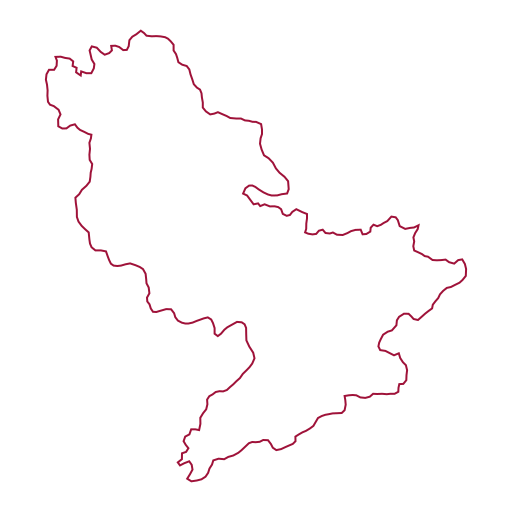 Monjolos, Minas Gerais, Brazil (Robinson projection)
{"feature_id": "56859067B56933655704963", "entity_name": "Monjolos", "entity_type": "district", "adm_level": 2, "iso_a3": "BRA", "parent_name": "Brazil", "parent_adm1": "Minas Gerais", "projection": "robinson", "projection_center": [-44.02, -18.393], "detail": "fine", "context": "isolated", "style": "outline", "palette": "rose", "viewbox_px": 512, "rotation_deg": 0, "n_neighbors": 0, "source": "geoboundaries", "source_scale": "gbopen_adm2", "svg_char_len": 5019}
<svg xmlns="http://www.w3.org/2000/svg" viewBox="0 0 512 512"><path d="M49.0,69.8L46.5,74.3L45.9,79.7L47.0,84.6L47.6,90.4L47.4,95.8L48.0,101.8L50.0,104.7L53.8,106.1L58.6,109.8L60.5,114.4L58.1,119.4L58.3,126.3L62.3,128.5L66.4,128.4L70.2,125.6L74.9,124.3L77.4,127.7L80.0,129.9L84.3,131.9L88.2,133.9L91.4,134.7L90.9,138.4L89.4,142.8L90.0,148.9L89.4,154.7L89.7,159.9L92.2,164.0L91.6,168.9L90.7,172.7L90.4,176.9L89.7,181.7L86.4,185.8L81.9,189.8L79.2,194.2L75.4,197.7L75.8,202.7L76.8,209.8L76.9,217.0L78.5,221.6L81.7,225.9L85.2,229.3L88.7,232.4L89.4,239.5L90.0,243.6L91.6,247.3L95.4,250.4L100.9,250.4L106.0,251.4L107.7,256.3L109.1,260.0L110.9,263.7L113.6,265.6L117.3,266.0L121.0,265.6L125.5,264.3L130.1,263.4L135.5,265.2L139.8,267.0L143.0,269.1L145.6,273.8L146.2,279.3L146.5,283.3L148.7,287.5L149.4,293.3L147.0,297.6L147.3,301.5L149.5,304.3L150.8,308.5L153.0,311.8L156.3,312.0L159.6,311.0L163.1,310.0L166.2,309.1L171.1,309.3L174.1,313.2L175.3,317.2L177.9,320.6L181.9,322.7L185.2,323.5L188.5,323.5L192.6,322.6L196.7,320.9L200.4,319.6L203.7,318.4L207.8,317.4L211.2,319.5L213.0,323.1L214.6,328.1L214.6,333.7L217.8,336.1L221.0,333.7L224.4,329.7L227.3,327.3L231.4,325.0L237.0,321.9L241.7,322.3L244.6,324.3L246.1,327.9L246.2,334.2L246.4,340.4L249.3,346.6L253.2,352.7L254.5,358.3L252.2,363.6L249.5,367.2L246.4,370.4L242.8,373.9L239.9,378.1L236.4,381.2L233.3,384.3L230.2,386.9L226.9,390.0L223.1,391.4L219.5,391.2L215.7,392.0L212.6,394.4L209.3,396.2L207.1,399.6L207.4,404.3L206.2,409.3L203.1,413.2L200.3,417.8L200.4,423.9L199.1,430.1L195.2,429.3L191.2,429.3L189.4,434.4L185.2,436.6L183.6,441.2L185.7,444.8L188.4,448.2L186.1,451.9L182.0,453.3L181.9,459.2L177.8,462.4L180.0,465.4L184.3,463.2L189.2,461.3L191.7,464.8L192.5,469.6L190.0,474.2L187.2,478.7L191.4,481.3L196.8,480.5L201.5,479.3L205.5,476.7L208.1,472.9L209.5,468.5L212.0,464.6L213.3,460.4L218.6,458.7L224.2,459.2L228.3,456.9L233.3,455.5L238.3,452.8L241.4,450.3L244.9,447.0L248.9,443.2L252.2,442.0L255.7,442.2L259.7,441.8L263.2,440.0L268.0,440.2L270.9,444.0L272.8,447.7L276.3,450.1L281.1,449.1L285.6,447.0L289.5,445.3L292.8,443.9L295.5,441.2L295.4,436.6L298.7,434.5L302.5,432.3L305.9,430.9L309.9,428.5L313.4,425.9L315.3,422.6L318.0,418.0L321.8,416.0L325.3,414.8L328.7,414.2L332.6,413.4L337.4,413.2L341.7,413.0L344.6,410.2L345.7,404.7L345.3,400.1L344.6,396.0L348.8,395.3L352.7,395.0L356.3,395.3L360.3,397.4L365.3,397.9L369.8,396.7L373.1,393.8L377.2,394.0L382.1,393.8L386.8,394.2L390.2,393.8L394.6,393.8L398.3,391.8L398.5,387.8L399.3,384.1L403.3,383.9L406.3,380.2L406.5,375.1L407.1,370.2L405.9,365.2L402.9,362.2L400.2,358.0L398.8,353.3L394.0,355.3L389.3,352.9L385.4,350.9L380.2,350.1L378.4,346.4L379.2,342.6L380.7,339.3L383.1,334.7L387.7,331.7L391.9,330.4L396.4,325.3L396.9,320.3L399.1,316.8L404.0,313.7L408.6,313.8L411.3,316.4L413.6,319.0L418.0,320.0L422.3,316.2L425.2,313.6L428.5,311.0L432.1,308.4L432.8,304.7L435.4,301.3L438.2,298.1L440.0,294.3L443.2,290.8L446.8,287.9L450.9,287.0L455.2,284.8L459.5,282.7L462.5,280.0L465.8,275.9L466.1,269.0L464.9,264.0L462.2,259.4L458.2,260.1L454.2,263.6L449.1,262.2L445.6,259.6L441.1,260.1L436.8,260.3L432.5,260.0L428.0,256.7L424.7,256.1L422.0,254.1L417.8,252.1L414.2,250.5L413.3,246.2L414.2,241.4L413.4,237.4L415.2,233.0L417.7,229.1L418.5,225.3L414.0,227.5L410.1,227.9L405.2,228.9L399.7,226.1L397.8,220.1L395.7,217.3L391.4,216.6L387.3,221.1L383.6,223.0L380.9,224.8L377.2,226.2L373.5,224.7L370.7,227.7L370.3,231.6L366.3,234.0L362.6,234.3L360.7,229.7L355.5,229.9L351.1,231.1L347.4,233.1L342.7,235.0L336.9,234.7L332.9,232.5L329.8,233.5L325.5,233.0L322.7,229.7L318.9,230.7L316.2,233.9L312.5,234.4L308.2,233.7L305.1,232.4L306.2,228.9L306.3,223.5L307.0,218.4L307.0,214.0L302.2,212.1L296.3,209.2L292.3,211.9L289.9,215.0L286.7,215.8L282.8,213.9L281.1,209.2L278.2,207.1L274.6,206.3L269.9,206.4L264.6,204.3L260.2,206.1L258.1,203.4L253.6,204.3L250.1,199.6L247.1,195.5L243.1,193.6L245.4,188.3L249.1,185.6L252.3,185.5L255.3,186.9L258.7,189.4L263.5,192.4L268.0,194.5L271.7,195.5L277.2,195.4L281.7,194.2L287.1,193.5L288.7,189.2L288.1,181.2L284.6,176.9L279.5,172.7L275.9,168.4L272.9,162.7L268.7,158.3L264.0,155.3L261.6,149.5L260.0,143.7L260.6,138.3L262.0,134.1L262.0,129.5L261.1,124.1L256.1,121.9L252.5,121.8L249.0,120.8L244.9,120.4L240.9,118.5L235.9,118.5L230.2,118.0L226.6,116.0L222.4,114.2L217.9,112.2L214.3,113.6L210.2,114.4L205.9,111.4L202.8,107.6L202.8,102.5L201.9,97.4L201.5,93.3L200.0,89.6L196.9,87.6L193.8,84.2L192.4,79.7L190.5,74.3L189.3,69.4L186.7,66.0L182.2,64.7L178.4,62.2L177.2,57.7L176.0,54.1L173.6,50.5L173.6,44.8L170.6,41.2L168.0,38.7L165.1,37.2L160.6,36.4L156.4,36.1L151.7,36.3L146.5,35.7L144.1,33.1L140.8,30.7L136.3,34.3L132.3,36.7L129.4,40.2L128.7,46.2L126.8,49.9L123.2,50.1L119.2,47.0L115.3,45.7L111.2,45.9L111.9,50.4L109.2,53.1L104.7,54.7L100.7,51.9L96.8,47.7L91.8,46.4L89.6,50.4L90.7,55.1L91.7,59.5L94.4,64.0L93.8,68.4L91.3,73.2L86.4,73.2L81.2,71.4L80.7,75.5L76.1,72.3L76.6,67.8L72.6,66.0L73.2,61.4L69.7,58.6L65.0,57.9L60.7,56.7L55.5,56.9L56.9,60.6L56.6,65.8L54.1,69.8L49.0,69.8Z" fill="none" stroke="#9f1239" stroke-width="2"/></svg>